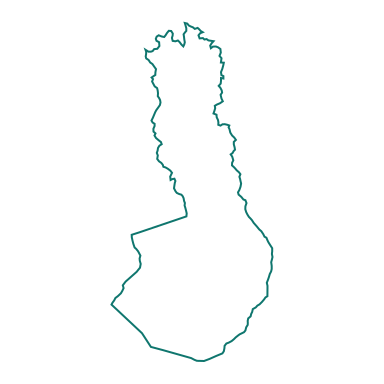 Belo Campo, Bahia, Brazil
{"feature_id": "56859067B86172469264415", "entity_name": "Belo Campo", "entity_type": "district", "adm_level": 2, "iso_a3": "BRA", "parent_name": "Brazil", "parent_adm1": "Bahia", "projection": "mercator", "projection_center": [-41.2, -14.961], "detail": "fine", "context": "isolated", "style": "outline", "palette": "teal", "viewbox_px": 384, "rotation_deg": 0, "n_neighbors": 0, "source": "geoboundaries", "source_scale": "gbopen_adm2", "svg_char_len": 3694}
<svg xmlns="http://www.w3.org/2000/svg" viewBox="0 0 384 384"><path d="M184.8,23.0L185.4,24.9L186.3,28.2L186.3,30.9L184.9,32.5L183.6,34.3L184.0,36.8L184.3,39.5L184.8,42.3L184.2,44.6L183.3,46.4L181.3,44.4L179.6,42.1L177.9,40.5L175.4,41.3L172.7,40.9L171.9,37.9L172.6,35.7L172.8,33.6L171.2,31.0L168.8,30.8L167.0,33.0L165.5,35.4L164.2,37.0L161.7,36.5L158.7,35.3L156.7,36.6L155.8,38.8L156.5,40.8L159.1,42.2L159.4,46.0L157.3,48.8L154.2,49.1L152.6,51.1L150.8,51.7L148.5,51.7L145.5,49.8L146.2,51.8L146.1,54.1L145.7,56.4L146.2,58.4L148.6,60.0L150.2,62.5L152.4,64.0L154.2,66.6L156.0,69.1L155.4,72.4L155.3,75.0L153.6,76.1L151.6,77.5L153.0,79.1L152.1,81.5L153.3,83.8L154.7,86.4L157.1,88.1L157.7,90.6L158.0,93.3L157.8,96.2L159.2,98.2L160.1,100.1L160.5,102.5L159.9,105.1L158.0,107.8L156.2,110.3L155.2,112.2L154.2,114.6L152.9,117.7L151.5,120.6L152.6,122.5L154.6,123.8L154.6,126.0L153.4,128.8L153.5,131.6L155.5,133.4L154.5,135.5L156.0,138.0L158.7,140.3L160.9,142.0L161.7,144.2L159.4,145.7L158.0,148.0L157.6,150.6L156.8,152.9L157.8,155.4L157.2,158.9L159.0,161.3L161.3,162.9L162.8,164.8L163.4,166.8L165.5,167.4L167.9,168.8L170.3,170.6L172.0,172.8L170.2,176.6L170.6,180.0L172.3,179.1L174.4,178.7L175.4,181.0L174.8,182.9L174.4,185.5L174.0,188.3L175.6,191.4L176.8,192.9L179.1,194.0L181.4,194.7L182.7,196.2L183.6,198.2L184.1,201.0L184.9,203.0L184.6,205.5L185.3,207.7L186.1,210.8L186.7,213.4L186.4,216.4L138.9,232.5L131.7,234.8L131.8,237.3L132.5,240.6L133.4,244.0L134.6,247.5L136.2,248.9L138.1,251.3L140.4,255.6L139.6,258.5L139.8,260.8L140.7,263.9L140.0,267.7L138.1,270.0L136.7,271.8L125.6,281.6L122.8,285.3L123.6,288.1L122.3,290.9L120.9,293.3L117.8,296.2L115.4,298.0L114.2,300.4L112.5,302.7L111.5,304.6L142.0,333.2L150.9,346.9L162.9,350.1L191.2,358.1L194.4,359.8L196.9,360.8L204.0,361.0L209.6,358.9L216.1,356.0L222.4,353.4L223.8,351.3L224.4,348.3L224.6,345.8L226.4,343.5L228.6,342.7L231.6,341.1L233.9,339.2L235.7,337.4L238.2,335.4L239.7,334.3L242.0,333.2L244.0,332.2L245.4,330.5L246.2,327.3L247.7,324.9L247.8,322.9L247.7,320.9L248.2,318.4L250.6,316.4L251.2,313.9L252.2,311.9L252.8,309.1L255.8,307.4L257.4,305.6L259.5,304.4L262.0,301.9L264.1,299.4L265.4,297.5L267.4,296.2L267.5,285.8L266.8,282.8L268.0,279.7L268.9,277.1L269.8,274.0L271.1,271.5L271.7,269.0L271.7,265.9L271.2,262.2L272.0,259.2L272.5,257.0L271.9,254.0L272.2,251.3L272.2,248.2L270.2,245.1L268.5,242.4L267.5,240.4L266.4,237.7L264.5,236.7L263.3,234.2L261.3,231.2L259.3,229.5L256.7,226.3L253.7,222.9L251.9,220.1L250.4,218.4L248.9,216.9L247.4,214.5L246.2,212.1L245.3,209.2L245.4,206.3L246.5,203.1L245.4,200.2L243.4,199.5L241.3,196.9L238.6,194.6L238.0,192.3L239.3,190.1L240.5,186.8L241.1,183.5L240.5,181.0L240.1,179.0L239.4,176.8L240.4,174.2L239.0,172.3L236.7,170.3L235.3,168.6L233.9,167.1L232.0,165.4L232.1,162.8L233.3,160.3L232.2,156.6L230.7,154.4L232.6,153.0L233.6,151.1L235.0,149.7L234.6,147.3L233.8,144.3L233.8,141.9L235.9,139.9L234.3,137.6L232.1,135.5L230.3,132.6L229.5,129.2L228.6,127.3L229.3,125.5L227.4,124.8L224.8,124.2L222.5,124.3L220.5,125.6L218.3,124.8L218.4,122.4L218.0,120.0L216.7,117.3L216.5,114.7L213.5,113.5L214.3,111.2L215.2,108.2L214.8,105.8L217.0,104.5L219.9,103.3L222.8,101.3L221.5,98.6L220.6,94.8L222.1,92.6L221.7,90.4L220.3,87.7L218.7,85.9L220.7,83.6L221.0,80.7L221.0,78.0L223.4,78.5L223.4,76.1L221.4,75.1L221.0,72.1L222.3,68.9L223.3,65.2L223.8,62.7L220.9,62.5L221.5,58.2L219.5,55.9L220.8,52.6L220.4,49.0L218.0,47.3L215.9,46.5L213.0,46.6L210.9,48.2L210.2,45.6L211.6,43.3L213.5,41.2L210.4,40.7L208.4,40.4L206.6,39.1L204.4,39.5L202.9,38.1L199.6,38.4L198.5,35.3L200.2,33.2L202.7,32.2L200.7,31.0L199.1,29.2L197.6,27.9L194.8,28.9L192.9,27.3L190.8,26.5L188.8,25.5L187.3,23.6L184.8,23.0Z" fill="none" stroke="#0f766e" stroke-width="2"/></svg>